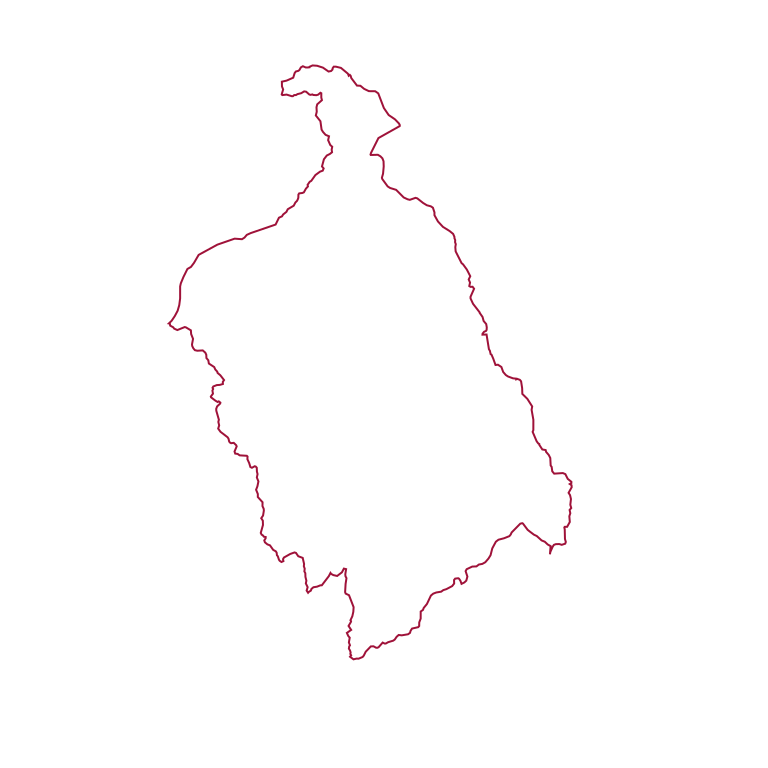 the district of Kuantan Singingi, Riau, Indonesia, rotated 209°
{"feature_id": "22746128B8182037452639", "entity_name": "Kuantan Singingi", "entity_type": "district", "adm_level": 2, "iso_a3": "IDN", "parent_name": "Indonesia", "parent_adm1": "Riau", "projection": "albers", "projection_center": [101.542, -0.494], "detail": "fine", "context": "isolated", "style": "outline", "palette": "rose", "viewbox_px": 768, "rotation_deg": 209, "n_neighbors": 0, "source": "geoboundaries", "source_scale": "gbopen_adm2", "svg_char_len": 6166}
<svg xmlns="http://www.w3.org/2000/svg" viewBox="0 0 768 768"><g transform="rotate(209 384 384)"><path d="M566.0,637.9L574.9,639.6L580.0,638.2L581.8,637.2L582.0,635.3L581.5,634.0L582.0,632.1L584.0,630.4L590.8,631.1L596.8,629.9L600.9,628.0L602.9,625.4L602.7,624.9L604.1,623.9L605.9,622.9L609.0,622.6L610.2,620.6L610.2,617.7L610.7,616.4L612.6,614.6L612.9,612.7L611.9,607.9L616.3,602.1L619.9,598.9L617.5,594.8L615.0,592.7L614.0,588.2L613.8,587.6L613.0,587.4L609.5,589.9L604.2,591.0L603.2,591.6L602.6,593.2L601.1,594.0L600.2,595.6L597.4,598.2L595.7,601.2L593.8,601.9L589.8,601.0L588.6,601.2L586.9,602.6L586.0,602.5L583.2,603.8L581.9,605.1L580.8,607.9L579.8,607.9L577.7,604.1L575.9,602.2L578.0,596.2L577.2,593.3L574.8,589.5L573.8,585.8L567.0,583.0L561.9,576.2L559.6,574.9L555.9,573.6L552.2,574.0L551.1,570.2L546.9,567.0L544.3,566.4L543.4,563.6L541.8,561.5L542.9,558.9L544.8,556.1L545.5,551.4L543.7,544.2L541.3,543.3L541.0,540.9L542.9,538.7L545.3,533.5L546.1,526.4L547.0,524.9L547.4,521.2L546.3,519.9L547.0,517.0L547.0,512.8L548.0,511.5L550.6,509.6L550.7,508.2L549.2,505.3L548.9,503.5L548.9,501.8L549.5,499.8L549.4,496.2L552.9,490.2L552.8,487.2L554.4,483.4L554.5,481.2L556.5,478.5L556.1,470.9L573.8,451.3L576.3,447.9L577.0,444.4L578.4,441.8L585.1,438.7L597.3,425.1L608.7,407.1L608.9,397.8L609.6,392.8L611.7,389.3L611.3,380.4L610.5,373.5L609.6,370.5L603.8,360.0L601.3,353.7L600.0,348.0L599.9,342.0L600.4,336.3L601.5,332.7L600.6,333.0L599.3,331.4L595.8,331.4L594.4,330.7L590.9,331.0L585.9,337.2L584.7,337.5L578.9,337.3L576.9,334.2L572.9,330.9L571.1,325.5L570.1,324.2L568.1,322.8L565.8,321.9L563.4,322.6L558.8,325.5L555.5,324.8L553.6,323.4L551.9,320.6L549.2,319.6L547.1,317.0L540.7,316.5L538.6,314.9L535.9,314.0L534.9,313.0L531.4,312.3L525.8,309.9L526.0,307.7L524.9,305.9L527.2,303.6L529.7,302.0L532.1,299.1L532.1,297.5L531.0,296.8L530.9,295.1L528.9,292.6L529.4,289.1L528.8,288.5L523.5,287.7L520.8,287.6L520.1,288.7L518.1,288.4L517.8,287.5L519.1,283.5L518.7,280.9L517.7,279.3L511.1,272.7L510.5,270.5L508.1,267.9L507.4,264.6L503.8,262.9L495.0,261.6L493.5,260.8L491.5,258.6L490.3,258.1L489.0,258.1L486.9,259.7L483.6,258.8L482.6,258.0L482.0,252.5L480.4,251.0L478.1,251.9L475.7,251.6L469.2,254.7L468.2,254.4L467.0,252.0L463.6,249.5L460.6,246.6L458.9,246.7L457.2,249.4L456.1,249.6L454.7,249.1L452.7,245.8L450.9,243.9L449.9,240.6L446.6,237.9L445.1,233.1L444.6,229.5L441.0,226.6L439.6,224.0L432.9,221.7L431.1,218.3L428.7,216.5L427.7,215.0L426.0,210.3L426.3,207.1L423.7,205.7L421.5,202.0L419.6,194.0L418.0,192.9L416.7,192.9L415.0,192.2L413.3,192.8L412.7,191.6L412.9,189.2L411.4,187.8L408.2,187.2L405.5,187.6L400.5,185.2L397.5,185.2L396.1,184.4L394.6,182.3L393.4,181.9L390.7,179.4L389.5,178.8L387.4,178.6L386.1,180.3L387.4,181.9L387.4,183.7L383.6,189.9L380.6,193.3L379.1,193.6L375.5,191.8L370.8,192.5L366.6,187.8L365.8,185.8L363.8,184.0L362.8,181.5L361.1,180.4L359.2,177.2L356.5,174.3L355.7,171.7L352.3,169.3L351.5,165.8L349.2,164.6L349.0,165.7L347.8,167.8L348.1,169.6L347.2,172.0L344.3,174.3L342.1,177.0L340.8,177.8L339.1,189.2L339.2,192.8L338.2,192.3L335.7,192.3L331.9,193.4L329.5,198.9L329.6,203.1L327.4,203.7L325.6,198.8L324.5,197.2L322.7,196.0L320.7,190.6L317.1,183.1L315.9,182.1L312.2,182.3L302.4,174.1L300.4,169.9L299.1,165.5L298.8,161.1L297.8,160.6L297.6,159.9L297.7,155.2L293.5,153.0L295.8,148.3L293.1,146.3L291.0,145.5L289.4,140.9L287.1,139.0L287.2,137.6L286.4,135.5L284.6,134.5L283.1,133.1L282.6,131.6L281.2,130.8L281.5,129.0L277.2,128.4L274.8,130.6L273.1,131.4L270.4,134.8L270.0,136.6L270.2,141.0L268.3,148.1L266.0,149.5L263.1,149.5L261.8,150.2L261.1,151.3L259.8,157.2L257.6,157.3L256.6,157.9L255.2,160.2L251.5,164.0L250.7,165.7L250.4,169.0L249.5,171.6L246.6,172.8L241.6,176.8L240.6,179.0L241.1,181.0L240.9,183.7L236.2,187.9L235.9,189.4L237.6,192.6L238.2,196.6L241.6,202.8L240.4,205.3L240.7,207.4L239.8,212.4L240.4,221.7L239.3,224.5L237.2,227.0L233.3,230.1L232.2,232.5L230.0,234.8L226.4,240.3L225.9,243.5L227.7,246.5L227.4,248.3L224.9,250.1L224.0,250.1L221.7,248.9L219.3,246.8L217.5,249.4L216.7,251.9L217.7,256.0L221.9,259.9L221.9,262.1L218.3,267.1L214.7,269.3L213.5,272.1L210.8,274.3L209.0,277.2L208.0,282.0L207.8,285.9L209.6,292.7L209.7,300.3L208.4,303.3L204.2,307.3L200.6,311.7L200.2,313.8L200.4,316.0L197.1,327.9L195.6,329.3L194.8,329.3L187.7,326.1L184.7,325.6L179.8,324.9L176.7,325.1L170.3,323.6L166.9,324.0L163.0,323.0L159.7,323.0L156.3,315.5L157.1,317.8L157.6,323.5L157.4,325.7L156.1,327.2L153.1,329.0L150.6,329.5L148.1,332.2L148.4,334.0L150.6,336.2L155.4,344.4L157.1,346.4L157.5,346.2L154.6,347.9L154.6,353.4L157.8,358.2L158.4,361.3L160.6,363.8L160.1,366.3L162.5,368.7L164.7,374.0L167.4,377.0L169.8,378.3L169.8,384.7L170.9,386.4L173.0,386.6L172.1,388.2L172.7,389.3L177.3,390.1L181.7,393.1L184.4,392.8L191.7,388.1L194.5,389.2L197.2,392.8L198.7,393.5L202.7,399.9L205.5,401.8L209.3,403.2L210.6,404.6L213.8,403.5L218.7,406.1L219.1,406.8L220.3,406.8L222.7,407.9L230.8,414.2L231.0,416.0L236.0,425.1L242.4,433.0L243.5,436.2L251.4,440.5L258.2,442.4L261.2,447.4L265.4,452.8L267.2,453.5L269.8,453.1L270.6,452.2L270.9,452.8L273.9,451.5L279.2,450.7L281.8,450.9L285.6,452.3L289.6,455.8L293.7,456.1L295.7,454.7L300.7,459.1L304.2,461.8L305.2,461.8L307.5,464.4L309.1,465.3L318.3,477.0L321.8,474.9L322.2,475.8L321.8,478.2L320.5,479.9L320.5,481.1L321.6,483.4L323.7,486.0L327.4,487.4L330.3,490.4L334.8,492.6L335.0,493.0L345.0,497.3L349.8,500.8L350.6,502.2L351.4,511.0L353.7,512.0L355.4,510.9L356.9,511.0L357.9,514.4L360.6,516.5L360.8,520.1L367.1,524.3L372.9,527.0L374.7,527.3L385.6,534.7L388.0,538.3L389.0,541.1L390.6,542.5L391.5,544.4L393.1,545.7L393.7,546.8L396.3,548.8L400.8,549.6L408.6,550.0L415.6,552.3L421.7,556.1L423.1,558.6L426.7,561.9L429.2,562.1L433.2,561.1L437.6,561.3L444.9,562.5L446.7,562.1L450.7,557.6L452.9,557.0L457.2,556.7L467.5,559.7L473.7,558.4L476.6,558.6L484.8,562.4L485.8,563.3L486.8,567.5L489.7,574.1L492.4,578.6L494.8,580.6L497.5,581.4L500.5,581.5L506.6,577.9L507.0,578.1L507.4,579.8L508.1,596.4L495.3,617.2L495.7,618.1L497.2,619.1L502.7,620.8L510.3,621.5L517.9,625.3L529.9,635.4L533.6,635.8L539.2,632.8L544.5,632.5L549.2,633.4L552.3,631.9L560.9,635.7L562.6,637.4L563.8,637.8L564.3,636.5L566.0,637.9Z" fill="none" stroke="#9f1239" stroke-width="2"/></g></svg>